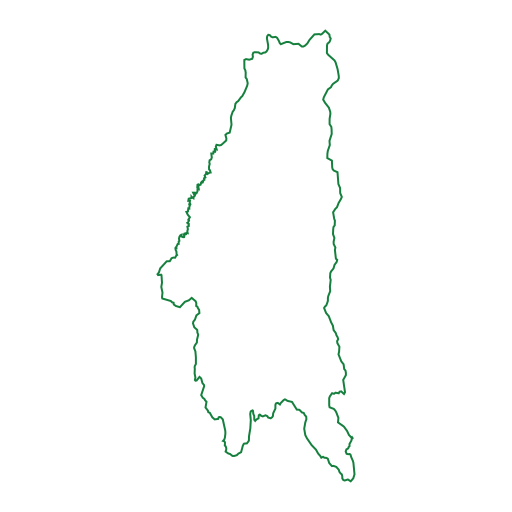 outline of Sukhirin, Narathiwat, Thailand
{"feature_id": "78962969B83718835474136", "entity_name": "Sukhirin", "entity_type": "district", "adm_level": 2, "iso_a3": "THA", "parent_name": "Thailand", "parent_adm1": "Narathiwat", "projection": "equal_earth", "projection_center": [101.685, 5.911], "detail": "fine", "context": "isolated", "style": "outline", "palette": "green", "viewbox_px": 512, "rotation_deg": 0, "n_neighbors": 0, "source": "geoboundaries", "source_scale": "gbopen_adm2", "svg_char_len": 6053}
<svg xmlns="http://www.w3.org/2000/svg" viewBox="0 0 512 512"><path d="M157.5,274.2L158.1,275.1L161.2,274.7L161.5,275.1L162.0,282.8L161.3,286.9L162.5,292.7L162.0,297.2L162.3,298.5L170.8,301.0L172.2,302.4L173.6,302.7L173.8,304.5L175.9,306.0L179.9,307.2L184.9,301.8L188.9,300.3L191.7,297.9L195.7,301.3L196.3,303.3L196.2,306.0L197.4,306.7L198.0,308.3L199.1,309.8L199.4,313.1L196.4,315.4L195.0,319.5L193.3,321.7L193.0,323.4L194.3,327.3L197.2,329.9L197.4,332.6L198.2,334.8L197.0,339.7L196.9,342.5L195.0,345.2L194.1,347.3L194.2,348.4L195.4,351.4L195.9,357.4L195.9,364.0L194.8,366.0L194.6,367.4L194.8,368.8L194.6,373.4L195.4,377.6L194.9,380.0L195.5,380.7L196.6,380.5L199.5,376.9L201.2,378.5L202.4,383.0L204.0,385.0L204.2,386.1L201.2,395.1L202.8,397.8L204.4,398.9L205.1,400.3L206.5,401.8L205.5,407.5L207.9,410.6L208.3,412.2L209.8,412.8L212.3,417.3L214.7,419.4L218.2,418.9L218.7,417.3L219.4,417.0L220.7,417.2L222.8,419.4L225.3,430.9L225.4,433.4L224.9,437.6L224.3,439.5L223.1,440.9L224.1,441.2L224.7,441.8L225.0,442.8L224.8,445.5L225.7,446.4L226.3,448.2L226.2,449.7L225.6,451.6L228.3,453.5L230.1,454.0L232.4,455.9L234.0,456.0L236.8,455.2L238.4,453.6L241.1,452.2L242.8,445.8L243.7,444.0L244.2,443.6L246.9,443.4L248.4,441.4L248.9,440.5L249.0,436.3L250.3,428.5L250.8,420.1L250.2,414.0L250.6,411.8L251.2,411.0L252.6,410.4L253.0,410.9L253.3,413.8L254.2,416.0L254.3,419.8L255.2,420.9L256.5,419.4L258.5,418.4L258.8,415.3L259.5,414.6L260.3,414.8L261.2,415.9L262.8,416.4L265.5,415.3L267.4,416.2L268.1,417.5L270.7,418.3L272.2,417.2L272.9,416.0L273.2,413.2L275.4,408.6L275.4,405.0L275.8,403.7L276.3,403.2L277.8,402.9L279.9,404.5L280.6,403.2L283.4,400.3L284.7,399.4L285.4,399.5L287.5,400.9L292.0,401.9L296.8,409.6L299.4,409.8L302.0,412.5L303.7,412.9L304.8,415.1L306.2,416.6L306.4,419.1L305.3,422.4L304.2,428.7L305.3,435.1L307.0,438.4L311.6,445.1L316.0,449.7L318.1,453.5L320.3,456.0L321.3,457.7L323.0,456.8L324.3,457.7L326.4,457.9L327.8,458.7L329.2,463.0L331.9,466.1L333.5,465.9L336.3,466.9L338.8,469.8L339.4,471.8L340.5,473.3L341.8,474.4L342.3,476.5L342.3,478.4L343.3,480.0L344.7,480.5L347.9,479.5L350.7,481.3L353.3,478.3L354.5,474.3L353.4,462.7L352.8,460.7L351.3,457.3L350.5,454.7L349.6,454.0L348.2,454.2L346.6,453.8L345.7,451.5L346.4,449.4L348.2,448.4L348.6,447.1L349.5,446.2L349.5,444.0L351.4,440.6L351.7,439.0L352.6,438.1L352.0,437.2L351.5,437.7L348.9,434.9L347.1,431.0L343.9,426.6L338.0,422.4L338.4,417.9L336.3,412.4L335.3,410.6L333.8,408.9L329.6,407.3L329.2,405.3L329.2,398.1L329.9,396.3L332.1,393.2L334.0,393.8L335.5,392.7L338.7,393.3L339.6,391.7L341.2,391.4L344.0,394.0L345.0,392.2L343.2,379.9L345.9,375.1L345.9,372.9L345.5,370.6L344.2,369.0L343.6,364.3L341.3,361.4L338.5,354.3L339.1,351.6L339.4,346.7L337.4,343.2L337.1,341.1L338.2,339.2L337.6,337.2L336.5,335.4L335.7,332.9L333.6,330.1L332.9,325.7L331.1,322.3L328.8,316.2L326.1,313.0L324.1,308.0L325.0,306.5L326.2,305.5L327.1,303.3L327.9,300.8L327.9,298.0L328.3,296.0L330.2,291.2L329.9,286.7L330.7,279.9L330.0,277.6L330.3,273.1L331.1,271.4L333.5,268.5L334.5,264.9L336.7,261.9L337.2,259.8L335.9,258.7L334.9,249.8L335.4,247.6L333.7,244.1L333.6,241.8L334.4,238.0L333.0,234.1L333.2,229.2L333.5,227.0L334.7,225.4L334.9,220.6L334.2,218.8L333.1,212.3L335.3,208.9L337.0,207.2L338.6,203.0L341.0,198.9L341.8,196.9L340.2,193.1L340.1,188.0L338.4,184.1L337.5,172.2L333.9,170.6L332.7,169.3L332.2,167.4L331.9,160.6L327.3,158.1L327.4,153.8L327.8,150.9L329.8,145.1L329.5,140.8L331.7,134.0L331.6,129.5L331.3,126.8L329.6,124.2L329.6,118.9L330.4,113.7L330.2,111.7L328.9,107.7L325.2,103.0L323.2,99.7L323.8,97.3L327.9,89.4L331.0,87.2L331.8,85.4L333.1,83.8L337.7,80.6L338.8,78.2L338.8,76.2L337.6,69.2L335.6,62.4L334.5,60.4L328.2,54.8L326.9,53.1L327.0,45.5L327.5,43.6L329.2,42.3L330.1,40.7L330.7,38.5L329.7,36.9L329.4,34.6L325.3,30.7L322.0,33.9L320.7,34.6L319.2,34.1L314.4,34.4L309.5,39.9L307.3,43.5L304.8,45.8L303.4,46.5L301.8,46.5L298.5,43.8L293.4,44.2L290.2,42.4L288.4,42.0L286.3,42.0L280.8,44.2L279.7,43.0L279.0,41.1L277.1,37.8L275.6,36.9L272.5,37.3L270.9,36.5L269.9,35.2L268.3,34.8L267.2,36.2L266.9,38.3L268.1,44.9L268.2,47.6L267.7,49.5L266.5,51.5L265.2,52.5L263.4,52.7L261.5,53.8L260.0,53.5L258.6,52.4L254.8,52.2L253.3,52.7L252.6,54.6L252.9,56.8L252.2,58.8L249.2,59.7L246.0,59.1L244.3,60.0L244.4,68.5L245.3,70.2L245.7,72.6L245.6,77.5L246.8,79.1L247.7,83.3L247.2,85.7L244.6,91.9L242.3,96.1L240.9,97.4L238.2,101.1L236.7,102.1L235.4,103.8L234.8,108.1L233.8,110.3L232.7,111.7L231.3,115.8L230.9,117.8L231.5,124.8L229.7,132.6L226.9,133.5L225.4,134.9L226.4,138.5L226.2,140.5L221.2,145.0L219.6,145.4L216.5,144.8L215.8,146.7L216.7,149.5L214.8,149.1L214.7,150.4L215.3,151.2L215.1,151.8L213.5,151.7L213.3,153.5L211.3,153.5L211.8,157.4L211.2,159.3L209.6,160.3L209.3,162.6L209.7,163.9L209.0,166.7L209.1,169.5L210.0,170.3L210.6,172.5L209.6,172.6L207.5,173.9L206.8,172.2L206.3,172.1L206.0,174.0L204.6,175.6L205.4,177.5L204.0,178.3L204.4,179.8L203.5,180.3L202.7,182.5L202.3,182.6L201.9,181.7L201.1,182.5L200.6,184.7L199.4,185.1L198.8,184.6L198.4,185.2L198.0,184.5L197.5,184.7L197.3,187.0L198.4,187.1L198.3,188.4L198.7,188.5L198.8,189.4L197.5,189.2L197.5,191.2L196.6,193.1L195.9,193.6L195.2,192.7L193.2,192.7L194.2,194.6L194.9,194.4L195.1,194.9L194.8,195.8L193.7,196.7L193.5,198.2L192.6,197.5L192.1,197.6L191.5,196.8L191.5,198.0L188.7,198.7L188.3,200.8L190.0,200.7L189.7,202.6L190.4,204.3L190.2,204.7L189.3,204.6L189.7,205.9L189.3,207.2L189.3,208.6L188.3,208.4L187.9,211.5L186.4,211.9L187.8,214.8L189.9,217.2L188.3,219.7L188.4,220.2L189.0,220.1L189.1,220.4L188.1,222.3L187.3,222.8L187.6,223.4L188.8,223.9L188.8,226.0L187.4,226.6L187.9,229.3L187.3,231.1L187.7,233.2L186.6,233.0L186.1,234.2L185.6,234.4L185.4,234.2L185.6,233.3L184.4,233.6L183.9,234.4L184.3,236.6L184.1,237.1L183.1,237.2L181.5,236.5L181.6,234.7L180.5,235.2L179.5,236.6L179.0,238.6L179.4,240.9L178.7,241.5L178.7,243.9L177.7,244.0L176.3,247.0L176.4,248.0L175.6,247.7L175.4,248.1L175.7,250.1L176.4,251.5L176.6,254.3L177.1,255.0L176.2,255.7L175.1,257.7L173.3,257.6L171.6,258.2L169.8,261.2L166.7,261.3L160.2,268.4L158.9,272.5L157.5,274.2Z" fill="none" stroke="#15803d" stroke-width="2"/></svg>